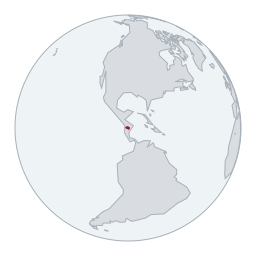 globe centered on Matagalpa, rotated 29°
{"feature_id": "NIC-666", "entity_name": "Matagalpa", "entity_type": "Department", "adm_level": 1, "iso_a3": "NIC", "parent_name": "Nicaragua", "parent_adm1": "", "projection": "orthographic", "projection_center": [-85.323, 12.952], "detail": "medium", "context": "on_globe", "style": "filled", "palette": "rose", "viewbox_px": 256, "rotation_deg": 29, "n_neighbors": 0, "source": "natural_earth", "source_scale": "10m", "svg_char_len": 8402}
<svg xmlns="http://www.w3.org/2000/svg" viewBox="0 0 256 256"><g transform="rotate(29 128 128)"><circle cx="128" cy="128" r="113" fill="#eef3f6" stroke="#a8b0b8"/><path d="M141.9,136.9L139.2,135.8L136.6,139.2L127.3,133.9L123.9,127.3L94.6,116.3L91.5,112.8L91.3,107.3L80.9,88.8L85.7,106.0L81.8,102.5L78.5,96.3L80.3,94.9L78.0,86.1L74.4,82.6L73.9,71.9L80.4,59.2L81.6,61.3L83.0,58.3L81.6,55.7L80.3,54.7L83.3,43.6L79.7,37.9L75.1,38.9L78.8,36.8L67.7,41.1L63.5,41.4L70.4,39.4L72.8,38.1L71.0,37.3L73.1,35.7L73.4,34.6L76.0,33.0L79.8,32.3L81.6,31.4L80.2,30.9L82.0,29.3L83.7,30.0L86.9,27.3L93.9,26.6L96.4,31.3L102.4,30.7L110.7,35.6L112.1,34.2L116.1,35.7L119.2,34.8L119.9,36.3L121.8,34.4L120.6,33.2L121.0,32.1L122.7,31.6L123.9,33.2L123.2,33.7L124.4,34.0L124.2,35.1L125.3,34.3L126.5,36.6L127.9,33.6L130.9,34.9L131.0,36.7L127.7,37.3L119.5,44.2L118.5,46.8L120.6,49.5L131.4,52.3L131.8,55.1L134.7,58.2L136.0,56.1L134.2,53.0L137.5,50.2L134.9,47.1L135.9,45.6L134.6,42.4L138.4,42.1L142.8,43.7L144.0,46.5L146.0,47.4L147.7,44.3L152.9,49.5L161.2,53.2L162.2,54.8L158.8,58.2L151.4,58.9L146.9,64.7L153.5,60.3L155.7,65.0L157.6,65.7L159.6,65.3L160.2,63.3L161.8,65.0L155.9,69.6L154.4,68.1L156.3,66.6L152.8,67.1L148.8,70.8L150.3,73.3L142.8,77.4L143.7,79.3L142.6,81.4L141.6,78.0L143.3,84.4L134.7,92.2L136.8,104.0L130.7,95.1L126.2,94.2L120.7,94.6L121.0,96.5L113.5,95.3L107.1,99.4L105.4,108.9L108.4,116.1L116.7,116.2L118.9,112.1L124.8,111.2L121.2,122.2L131.6,123.4L130.9,131.6L134.0,135.7L139.1,134.4L144.4,136.2L148.0,131.3L153.8,128.3L154.2,134.9L157.2,128.7L160.6,131.6L172.0,130.3L171.2,131.9L180.9,138.7L190.8,140.8L193.1,145.3L192.0,148.3L195.3,148.7L195.4,150.6L208.0,151.2L214.0,154.6L213.5,161.1L207.8,169.7L201.1,185.7L190.4,192.3L186.7,198.5L176.6,207.8L170.3,207.9L171.0,211.6L166.7,214.4L162.3,214.9L160.6,217.6L157.3,218.0L158.9,219.5L152.4,223.2L152.9,225.6L147.9,228.3L148.3,229.6L146.8,229.7L145.0,230.3L144.4,231.1L140.4,230.0L140.6,226.9L142.9,225.1L141.0,224.9L146.2,220.2L143.6,221.2L146.3,214.0L150.8,207.5L155.7,188.0L153.8,184.2L145.6,179.9L136.0,164.8L138.9,158.2L136.6,155.2L144.0,145.6L141.9,136.9ZM27.6,100.4L28.4,97.9L28.6,99.7L27.6,100.4ZM28.4,96.2L28.2,97.1L28.3,96.3L28.4,96.2ZM28.2,95.6L28.3,96.0L28.1,95.8L28.2,95.6ZM27.8,95.1L28.0,95.2L28.0,95.3L27.8,95.1ZM136.5,108.1L148.4,113.2L142.0,114.3L143.1,113.1L140.0,110.9L134.4,109.0L128.6,110.5L136.5,108.1ZM27.5,93.5L27.4,93.0L27.7,92.9L27.5,93.5ZM141.2,101.3L139.1,100.9L141.1,100.8L141.2,101.3ZM79.4,54.6L81.3,55.8L81.9,58.9L80.0,58.0L79.4,54.6ZM78.7,49.3L80.2,49.3L78.4,52.1L78.1,51.2L78.7,49.3ZM71.3,40.2L72.5,40.7L70.6,40.8L71.3,40.2ZM73.0,34.7L72.0,35.2L72.6,34.4L73.0,34.7ZM132.6,42.9L133.6,42.7L133.3,43.3L132.6,42.9ZM131.1,41.8L130.1,42.7L129.2,42.3L129.9,41.8L131.1,41.8ZM77.1,31.4L78.3,30.2L77.7,31.2L77.1,31.4ZM132.5,40.7L127.8,41.6L126.3,41.0L127.5,38.3L132.5,40.7ZM79.5,29.5L82.5,27.0L80.5,27.7L87.7,24.8L82.8,27.6L82.3,28.7L81.2,28.7L79.5,29.5ZM119.5,33.1L120.8,34.3L118.1,33.8L119.5,33.1ZM117.6,33.1L108.7,34.0L107.5,32.2L110.8,32.2L108.0,30.5L111.9,29.1L114.3,29.8L114.2,31.1L115.7,29.6L117.6,33.1ZM91.2,23.8L92.5,23.2L91.9,23.7L91.2,23.8ZM121.0,31.6L119.3,31.8L118.2,30.2L121.4,29.5L120.7,30.2L121.0,31.6ZM105.4,30.8L105.2,29.6L108.2,28.2L108.6,27.6L111.9,29.0L105.4,30.8ZM121.9,30.3L123.1,29.2L125.2,29.5L122.6,31.3L121.9,30.3ZM116.6,30.2L116.2,29.4L117.4,29.6L116.6,30.2ZM133.2,30.5L131.2,30.6L130.5,29.7L133.2,30.5ZM123.4,28.8L122.7,28.7L122.2,28.4L123.4,27.8L123.4,28.8ZM113.8,28.0L115.1,27.7L112.6,27.3L114.8,26.4L116.6,27.5L116.8,26.7L117.4,26.4L118.2,27.7L113.8,28.0ZM123.0,26.5L126.1,27.9L130.0,27.8L130.8,28.5L124.4,28.6L123.0,26.5ZM120.1,27.0L122.1,26.8L122.1,27.7L120.7,28.4L120.1,27.0ZM115.6,25.4L111.8,26.5L111.5,26.2L115.6,25.4ZM124.2,26.2L123.4,25.9L124.5,26.1L124.2,26.2ZM118.3,25.4L117.0,25.8L116.7,25.5L118.3,25.4ZM123.0,25.0L124.0,25.4L123.1,25.9L123.0,25.0ZM120.8,25.1L120.8,24.5L122.2,25.8L120.3,25.3L120.8,25.1ZM118.2,25.0L117.6,25.0L118.8,24.9L118.2,25.0ZM125.9,23.3L127.8,24.8L125.8,25.7L124.2,24.1L125.9,23.3ZM146.8,232.2L140.6,230.5L144.2,231.3L147.6,229.9L150.6,231.3L146.8,232.2ZM156.4,228.6L159.9,227.6L160.4,227.9L158.2,228.7L156.4,228.6ZM208.0,48.7L205.8,46.8L208.1,49.1L210.5,51.3L213.3,54.5L212.7,53.8L208.3,49.9L210.2,53.5L217.7,64.8L217.8,67.1L215.6,66.9L207.9,57.6L208.5,53.6L205.8,50.8L201.4,48.2L202.0,47.4L200.3,46.1L200.1,44.7L195.6,40.2L194.8,38.8L189.0,34.9L187.8,33.8L191.6,36.3L193.8,37.6L191.3,34.9L189.6,33.8L186.0,31.6L185.8,31.3L182.7,29.6L179.9,28.0L187.5,32.4L194.8,37.3L201.6,42.7L208.0,48.7ZM179.4,27.8L180.8,28.7L176.6,26.7L172.3,24.7L171.2,24.3L178.2,27.8L180.8,29.1L182.5,29.8L189.6,34.1L191.4,35.6L184.9,32.2L186.7,34.1L180.9,31.0L165.6,22.8L161.3,20.8L162.6,20.8L166.6,22.2L167.3,22.5L168.4,22.9L179.4,27.8ZM126.5,15.4L124.0,15.4L120.6,15.6L126.5,15.4ZM103.6,18.0L104.2,17.9L94.7,20.7L91.8,21.7L88.5,23.3L88.8,23.3L90.8,22.7L87.7,24.8L80.5,27.7L80.1,27.5L75.9,29.7L75.5,29.1L73.2,29.9L75.3,28.5L73.9,29.2L77.1,27.5L79.3,26.6L77.8,27.2L86.1,23.4L94.7,20.4L103.6,18.0ZM240.3,118.9L240.0,116.2L239.9,116.9L237.6,125.2L235.3,122.0L228.8,109.4L228.1,102.4L225.1,95.7L217.8,67.6L219.4,67.2L217.2,59.7L217.5,59.8L221.2,64.9L221.7,65.5L226.0,72.4L229.8,79.7L233.0,87.2L235.7,94.9L237.8,102.8L239.3,110.8L240.3,118.9ZM224.0,80.2L225.1,82.2L224.0,80.2ZM172.4,130.2L173.8,131.4L172.0,131.6L172.4,130.2ZM141.2,117.0L143.7,117.0L145.0,118.0L143.1,118.4L141.2,117.0ZM161.4,115.9L164.1,116.2L161.4,117.0L161.4,115.9ZM150.3,113.8L159.2,115.8L153.8,118.2L148.2,117.0L152.0,116.2L150.3,113.8ZM140.3,105.1L141.9,105.5L141.5,106.8L140.3,105.1ZM142.6,101.2L142.0,101.3L141.2,100.4L142.6,101.2ZM156.1,64.8L156.6,64.4L158.7,64.4L157.9,65.3L156.1,64.8ZM167.0,60.0L169.3,62.8L167.1,61.3L166.4,62.8L161.0,61.8L162.4,55.6L162.7,58.5L167.0,60.0ZM154.1,59.1L157.4,60.2L153.8,59.3L154.1,59.1ZM190.9,41.0L192.3,41.2L194.4,43.0L195.4,45.7L192.3,43.0L190.9,41.0ZM193.6,41.2L187.0,37.5L186.1,36.0L187.7,37.4L187.8,36.8L190.4,38.9L196.1,41.4L198.3,43.2L199.0,46.6L197.5,44.4L196.3,44.2L193.6,41.2ZM171.6,33.9L168.7,33.1L170.5,30.7L173.0,31.7L174.2,34.2L171.9,34.5L171.6,33.9ZM135.6,36.2L134.4,36.6L134.0,36.0L134.8,35.2L135.6,36.2ZM132.4,30.6L140.6,33.9L139.6,34.5L145.6,36.2L145.4,38.4L141.5,37.2L145.8,40.4L142.2,40.3L145.4,42.4L136.8,39.4L133.7,39.6L137.2,38.4L137.5,36.3L136.8,35.4L132.2,33.2L125.8,33.0L125.1,31.1L126.3,29.9L127.7,29.6L127.7,30.9L129.7,29.7L130.8,31.3L132.4,30.6ZM140.9,20.5L140.3,21.3L144.3,20.6L145.5,21.6L145.9,21.5L148.0,22.4L151.3,23.3L151.3,23.8L152.6,24.0L154.1,24.7L155.8,25.1L156.5,26.3L158.7,27.0L157.8,27.2L161.4,28.1L159.0,28.0L160.6,29.1L162.1,28.7L161.4,35.5L162.9,39.0L165.5,42.2L161.1,41.9L155.8,39.0L150.7,35.2L149.9,32.0L148.0,32.7L147.0,31.4L148.9,31.4L145.5,30.7L145.2,29.8L140.7,27.4L135.9,27.3L134.1,26.5L135.8,26.1L132.9,25.7L135.0,24.5L133.7,24.0L134.6,22.5L138.7,22.2L137.0,21.7L137.6,20.7L140.9,20.5ZM126.3,22.9L130.9,21.9L133.8,22.1L131.1,24.8L131.9,25.4L130.2,27.4L126.1,27.2L126.9,26.6L126.8,25.9L128.1,26.3L127.0,25.6L128.1,24.8L127.5,24.1L129.1,23.9L126.3,22.9ZM216.7,58.6L215.8,57.5L215.6,57.2L215.1,56.5L216.7,58.6ZM212.9,54.9L212.5,54.2L215.0,57.0L215.1,57.4L212.9,54.9ZM210.1,51.6L212.3,53.9L211.2,52.9L210.1,51.6ZM191.0,35.7L190.2,35.0L191.0,35.4L192.4,36.4L191.0,35.7ZM153.1,19.9L152.3,20.0L151.6,19.8L148.1,19.6L147.0,18.9L148.6,18.9L153.1,19.9ZM151.3,19.2L150.0,19.1L150.3,18.9L151.3,19.2ZM146.0,18.5L145.9,18.2L146.5,18.9L146.0,18.5ZM150.6,17.7L146.3,16.9L140.0,16.0L146.0,16.8L146.6,16.9L150.6,17.7ZM126.0,15.4L125.3,15.5L123.9,15.5L126.0,15.4ZM126.8,15.4L129.2,15.6L127.6,15.7L126.1,15.5L126.8,15.4ZM140.5,16.7L142.3,16.9L142.1,17.0L140.5,16.7ZM91.7,23.3L92.4,23.2L91.1,23.6L91.7,23.3ZM105.1,17.7L105.0,17.8L103.5,18.1L105.1,17.7ZM103.7,18.3L105.5,17.9L103.9,18.3L103.7,18.3ZM109.4,17.0L106.4,17.7L108.7,17.1L109.4,17.0Z" fill="#d9dde1" stroke="#a8b0b8" stroke-width="1"/><path d="M128.1,128.6L127.9,128.5L127.9,128.4L127.8,128.5L127.7,128.5L127.4,128.6L127.0,128.6L126.9,128.7L126.8,128.8L126.7,128.8L126.5,128.7L126.1,128.6L126.2,128.1L126.3,128.0L126.4,127.9L126.5,127.8L126.8,127.9L127.0,127.7L127.3,127.4L127.5,127.3L127.5,127.2L127.7,127.3L127.8,127.4L127.9,127.5L128.0,127.5L128.3,127.6L128.4,127.4L128.5,127.3L128.8,127.2L129.1,127.4L129.1,127.5L129.1,127.8L129.1,128.0L128.9,128.0L128.7,128.2L128.4,128.2L128.3,128.3L128.2,128.3L128.2,128.5L128.3,128.6L128.2,128.6L128.1,128.6Z" fill="#f43f5e" stroke="#9f1239" stroke-width="1.5"/></g></svg>